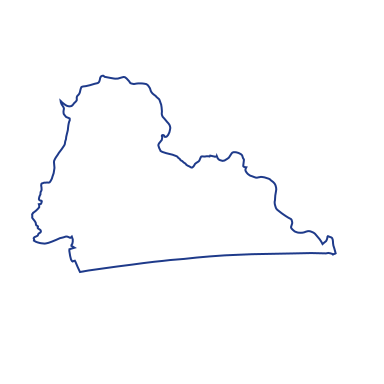 the district of Mo Duc, Quảng Ngãi, Vietnam, rotated 101°
{"feature_id": "81297802B23204917551818", "entity_name": "Mo Duc", "entity_type": "district", "adm_level": 2, "iso_a3": "VNM", "parent_name": "Vietnam", "parent_adm1": "Quảng Ngãi", "projection": "natural_earth1", "projection_center": [108.868, 14.986], "detail": "fine", "context": "isolated", "style": "outline", "palette": "blue", "viewbox_px": 384, "rotation_deg": 101, "n_neighbors": 0, "source": "geoboundaries", "source_scale": "gbopen_adm2", "svg_char_len": 6015}
<svg xmlns="http://www.w3.org/2000/svg" viewBox="0 0 384 384"><g transform="rotate(101 192 192)"><path d="M291.9,286.7L288.8,278.6L283.5,263.2L279.4,251.2L274.8,237.2L271.1,226.3L267.7,215.8L265.2,207.5L263.0,200.6L259.2,187.0L255.4,174.7L251.8,162.1L247.9,147.6L241.6,121.2L233.2,81.9L229.2,63.4L226.7,48.8L225.8,46.5L225.8,44.4L226.0,42.5L226.5,41.7L226.0,41.3L225.4,40.0L224.8,39.3L222.9,40.2L220.1,41.6L217.6,43.0L215.3,43.8L214.0,44.1L213.1,44.4L212.1,44.7L211.1,45.3L210.6,45.6L210.2,46.2L210.0,46.7L209.8,48.2L209.4,50.1L209.9,50.4L210.3,50.5L211.2,50.4L212.5,50.5L213.6,50.7L214.6,51.0L215.2,51.5L215.9,52.1L217.1,53.1L218.2,53.9L216.0,55.7L214.0,57.7L210.4,62.2L209.6,63.2L209.1,64.1L208.7,65.1L208.5,65.9L208.2,67.4L208.0,68.7L208.1,69.4L208.1,69.7L208.3,70.7L209.1,72.4L210.3,74.4L211.0,76.2L211.3,77.6L211.6,79.8L211.6,80.8L211.3,82.8L211.1,83.7L210.1,85.5L209.4,86.6L208.8,87.3L208.4,87.7L208.1,87.9L207.3,88.1L204.0,87.7L203.3,87.7L202.5,87.9L201.6,88.3L201.0,88.6L200.4,88.9L199.9,89.4L199.6,89.9L199.2,91.3L198.8,92.6L198.4,93.6L197.8,95.2L196.6,98.0L195.7,100.0L193.5,104.3L193.0,105.2L192.4,105.9L191.6,106.6L190.7,107.1L189.6,107.7L187.9,108.5L186.0,109.0L184.2,109.0L179.4,109.6L178.5,109.6L175.1,109.7L173.3,109.8L171.6,110.3L169.5,111.3L168.0,112.5L166.8,114.1L165.3,117.1L164.6,118.1L164.3,119.4L163.8,123.7L163.9,126.2L164.0,126.9L164.1,127.5L164.6,128.6L164.9,129.5L165.3,130.3L165.6,131.2L165.7,131.9L165.6,132.9L165.4,134.2L165.1,135.9L164.9,137.5L164.8,138.1L164.2,139.5L163.6,140.7L162.6,142.0L161.6,142.9L161.6,143.0L160.7,143.6L160.1,143.8L159.2,143.8L158.4,143.7L157.4,143.4L157.5,145.0L157.4,145.8L157.0,146.5L156.5,146.7L156.0,146.7L155.4,146.8L153.9,146.9L151.1,147.1L150.1,147.3L149.7,147.7L149.1,148.3L147.9,149.0L146.8,149.6L146.3,150.0L145.5,151.3L144.8,153.8L144.6,156.1L144.7,157.2L145.0,158.8L145.6,159.8L146.4,160.4L148.6,161.3L149.6,161.7L151.3,162.4L152.6,163.6L153.7,164.8L154.9,166.1L155.6,167.9L155.5,169.4L155.3,171.2L154.7,172.3L154.0,173.2L152.2,174.4L152.3,174.4L152.6,175.4L152.9,175.8L153.0,176.4L152.9,176.5L152.9,178.4L152.8,181.1L153.5,181.3L153.8,181.5L153.8,182.9L154.2,184.7L154.8,186.3L155.1,188.8L155.4,189.6L156.1,190.0L157.9,190.4L159.8,190.8L160.9,191.5L161.7,192.4L162.6,193.3L163.7,194.3L165.9,195.1L166.8,195.5L167.9,196.5L168.0,196.6L168.1,197.1L168.0,197.8L167.4,199.4L167.0,201.1L166.4,202.7L165.4,203.8L164.6,205.8L163.5,207.5L163.2,208.7L162.6,209.7L161.9,210.3L161.3,211.5L160.9,212.3L160.1,213.1L159.7,214.6L159.4,216.5L159.1,218.2L159.0,220.6L158.8,224.7L158.3,228.8L157.7,230.7L156.8,231.3L155.1,232.6L153.1,233.7L152.4,234.0L151.7,233.9L150.7,233.7L149.2,232.9L146.7,231.6L144.9,231.6L143.8,231.7L142.8,232.3L142.2,232.3L141.7,231.7L141.6,231.2L141.7,230.6L142.0,230.1L142.5,229.9L143.0,229.4L143.0,229.0L142.9,228.4L142.6,227.7L142.1,227.2L140.5,226.3L139.3,226.0L137.8,225.6L135.6,225.5L133.5,225.5L132.7,225.7L131.4,226.3L130.2,227.1L129.1,228.3L127.9,229.9L125.5,232.8L123.7,235.2L122.3,236.1L121.1,236.6L118.6,236.9L117.5,237.2L114.7,238.0L112.0,239.0L110.9,239.7L108.1,241.3L107.2,242.0L105.4,245.1L104.7,245.9L103.8,247.8L102.8,249.6L101.6,251.0L100.4,251.9L98.3,253.0L96.5,254.7L95.4,256.0L94.8,257.5L94.8,259.5L94.9,261.1L95.1,262.6L95.6,265.3L96.1,267.0L97.1,269.6L97.1,271.7L96.9,273.2L96.2,274.0L95.4,274.7L93.1,277.8L92.2,279.5L92.1,280.5L92.2,281.2L92.9,282.7L94.8,286.4L95.3,288.5L95.5,289.8L95.6,294.6L95.6,299.8L94.8,301.1L94.9,301.8L95.2,302.5L95.7,303.2L96.4,303.6L97.6,303.9L99.1,303.9L100.6,304.0L101.8,304.3L102.7,304.9L103.2,305.6L104.3,308.1L106.6,312.5L108.3,316.3L108.8,317.8L109.1,318.8L109.4,319.5L109.8,320.2L110.0,320.5L110.6,320.7L111.7,320.9L112.8,321.0L115.6,321.1L117.0,321.4L118.1,321.9L119.4,322.8L120.2,323.1L121.1,323.2L123.4,322.7L124.1,322.7L125.2,323.2L126.4,324.0L127.5,324.8L129.1,325.5L129.9,326.2L130.5,326.5L130.9,327.4L131.3,328.5L131.4,329.8L131.2,331.6L130.4,333.6L128.8,336.8L128.2,337.5L127.7,338.3L129.1,337.8L130.8,336.7L133.1,334.5L134.1,333.8L134.9,333.6L136.0,333.6L137.6,333.5L139.1,333.1L140.1,332.6L141.2,331.3L142.3,330.0L142.7,328.3L142.9,327.0L143.2,326.1L143.9,325.9L145.1,325.7L146.4,326.0L148.0,326.1L150.1,326.1L152.9,325.9L154.8,325.7L157.2,325.8L159.0,325.9L161.9,326.0L164.2,325.8L166.4,326.1L169.3,326.0L170.6,326.3L174.6,328.0L179.1,330.2L181.0,330.9L184.2,332.3L185.7,332.8L186.9,333.1L187.7,333.3L189.0,333.2L190.4,332.8L194.6,331.6L196.9,331.5L200.0,331.4L203.4,331.9L205.6,332.1L207.9,332.8L209.1,333.3L209.6,333.6L210.1,334.3L210.4,336.4L210.8,337.5L211.1,339.0L211.6,339.8L212.3,341.1L212.9,341.4L214.4,341.3L216.3,340.6L218.4,340.1L219.3,340.1L220.3,340.4L221.0,340.6L222.2,340.5L223.4,340.3L224.2,340.6L225.6,340.9L227.4,341.0L228.3,340.9L229.1,340.2L229.4,338.9L229.3,338.2L229.7,337.7L231.1,337.7L232.2,337.9L232.6,338.2L233.2,340.0L234.3,339.4L236.2,339.1L238.0,340.1L240.4,341.8L242.4,343.6L242.7,344.0L243.4,344.1L244.4,344.7L245.7,344.3L246.5,344.1L247.1,344.1L247.8,343.9L248.5,343.2L249.1,342.5L249.6,341.9L250.4,341.0L251.1,340.3L251.6,339.9L252.3,339.4L253.1,339.2L253.9,338.8L254.4,338.5L254.6,337.9L254.8,337.2L255.1,336.8L255.3,336.6L255.5,336.6L256.0,336.6L256.4,336.7L256.9,336.5L257.2,336.0L257.7,334.8L258.1,333.8L258.4,333.4L258.8,333.1L259.1,333.0L259.3,332.9L259.6,332.8L260.2,332.9L260.8,333.2L261.3,333.8L262.0,334.5L262.5,334.8L263.0,334.8L263.6,335.0L264.1,335.1L264.5,335.4L265.1,336.2L265.7,337.0L266.2,337.8L266.8,338.3L267.6,338.6L269.0,337.8L269.9,337.9L270.6,335.9L270.9,334.2L271.1,331.8L271.1,330.5L270.9,328.1L270.8,326.9L270.4,325.7L269.8,324.3L269.3,323.2L267.7,320.5L267.2,319.7L264.9,316.2L262.5,312.8L261.4,310.3L260.9,309.3L260.0,307.7L259.7,307.0L259.6,305.9L259.8,304.6L260.1,303.5L260.2,303.1L260.1,302.5L258.7,301.5L261.3,300.0L263.4,299.6L265.6,299.6L267.1,300.2L267.9,300.1L268.2,299.0L268.7,297.8L269.1,296.7L271.1,300.5L271.6,301.4L273.2,301.2L278.1,299.4L281.3,297.9L282.7,296.6L283.0,295.9L282.4,295.1L281.8,293.9L282.9,293.0L287.2,290.1L291.9,286.7Z" fill="none" stroke="#1e3a8a" stroke-width="2"/></g></svg>